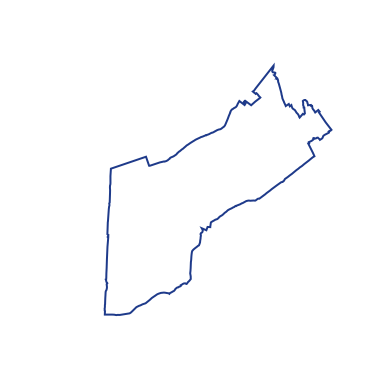 Scaesti, Dolj, Romania (orthographic projection), rotated 125°
{"feature_id": "2599482B9301238192844", "entity_name": "Scaesti", "entity_type": "district", "adm_level": 2, "iso_a3": "ROU", "parent_name": "Romania", "parent_adm1": "Dolj", "projection": "orthographic", "projection_center": [23.539, 44.461], "detail": "fine", "context": "isolated", "style": "outline", "palette": "blue", "viewbox_px": 384, "rotation_deg": 125, "n_neighbors": 0, "source": "geoboundaries", "source_scale": "gbopen_adm2", "svg_char_len": 5933}
<svg xmlns="http://www.w3.org/2000/svg" viewBox="0 0 384 384"><g transform="rotate(125 192 192)"><path d="M342.4,193.1L338.9,188.0L338.3,187.2L337.3,185.6L337.0,185.1L336.5,183.9L336.1,183.2L335.2,182.3L334.4,181.0L333.8,180.3L327.2,173.5L326.5,173.2L325.7,172.9L323.7,172.5L318.2,171.5L315.6,170.1L314.7,169.4L313.7,168.8L312.9,168.4L312.5,168.2L309.8,166.2L308.8,165.9L304.6,164.7L301.8,164.1L295.7,161.8L294.4,161.0L292.5,159.6L290.5,157.3L289.8,156.0L289.2,154.7L288.5,153.3L288.4,152.9L288.4,152.1L287.5,152.1L285.6,151.1L285.1,150.9L284.4,150.6L283.8,150.2L283.2,150.0L282.5,149.9L281.9,149.9L281.1,150.0L280.3,149.8L279.4,149.6L278.5,149.2L278.3,148.9L277.9,148.5L277.1,148.3L276.6,148.0L276.0,147.5L275.4,147.3L274.9,147.4L274.7,147.7L273.8,147.2L272.8,146.9L271.6,146.2L270.7,145.2L270.6,144.0L270.4,143.7L270.1,143.6L268.1,143.6L267.2,143.4L265.9,143.2L264.0,143.1L261.7,144.8L259.7,146.8L257.5,148.0L255.2,149.4L249.9,152.8L248.3,153.6L244.7,155.8L242.5,157.0L241.1,157.7L240.0,158.0L238.3,157.8L236.1,157.2L233.9,156.5L232.7,156.2L232.1,155.9L231.7,155.7L230.4,156.0L228.7,156.5L227.1,157.4L225.4,158.2L223.9,159.1L222.8,159.6L222.0,160.2L221.7,160.8L221.2,161.0L220.3,161.0L220.0,160.8L219.1,160.5L217.7,160.9L217.3,161.2L216.6,162.2L216.1,163.2L215.5,160.3L215.1,158.3L211.7,159.2L210.3,156.9L209.5,157.4L208.4,157.9L206.5,158.9L206.1,159.0L205.7,159.0L203.9,158.2L202.7,157.6L201.3,157.0L200.9,156.7L200.0,156.0L199.7,155.8L199.1,155.6L198.1,155.4L196.6,155.2L196.2,155.1L195.0,154.6L194.2,154.2L193.4,153.9L192.6,153.7L190.5,153.3L190.1,153.2L188.5,152.6L186.4,152.2L185.6,151.8L185.1,151.6L184.2,151.1L182.5,150.1L181.1,149.5L180.2,148.9L179.7,148.7L178.6,148.4L178.2,148.1L178.1,147.7L177.7,147.6L177.4,147.5L176.2,146.7L174.6,145.6L173.1,144.9L172.8,144.8L172.4,144.4L172.1,144.2L168.2,142.3L167.8,141.9L166.9,141.1L166.2,140.1L165.7,139.2L164.8,138.1L163.6,136.6L163.1,135.7L162.9,135.4L162.7,135.2L162.3,135.0L160.7,134.5L159.7,134.1L159.5,133.9L159.0,133.4L158.9,133.3L158.8,133.0L153.0,131.1L152.2,130.8L150.2,130.3L146.6,129.1L146.0,128.9L144.1,128.4L139.9,127.0L137.8,126.3L133.0,124.6L132.6,124.3L132.2,124.0L132.0,123.7L131.8,123.5L131.1,123.5L130.2,123.1L129.3,123.2L128.3,123.3L127.9,123.3L127.4,123.1L125.5,122.4L123.7,121.8L123.2,121.7L120.8,120.9L120.0,120.6L116.3,119.6L114.1,119.0L111.8,118.2L110.1,117.8L109.4,117.5L107.5,116.8L104.8,116.1L101.0,114.9L99.4,114.4L97.5,113.9L94.0,112.9L93.7,112.7L93.4,112.6L92.5,112.2L90.8,115.0L86.3,123.3L85.6,124.6L84.9,124.0L84.1,124.9L82.9,124.1L81.4,123.3L79.1,122.6L78.7,123.3L78.5,123.5L77.9,123.2L77.6,122.1L77.4,121.6L77.2,121.3L76.7,121.1L75.8,120.7L75.3,120.1L75.5,119.1L75.6,117.7L75.9,117.1L73.7,116.2L72.7,116.1L71.7,116.4L70.6,116.6L69.1,116.1L64.9,113.9L64.1,114.1L64.0,114.7L63.0,114.4L62.7,114.0L62.4,113.7L61.1,113.4L58.7,121.1L58.3,122.4L54.0,133.7L53.0,133.5L52.4,135.6L56.2,136.7L55.8,137.7L55.3,138.4L54.8,140.4L54.2,141.5L52.6,143.0L53.2,143.7L52.5,144.5L54.4,146.7L53.8,147.2L52.9,148.5L52.4,148.9L52.0,149.5L51.8,150.0L51.8,150.8L51.6,151.9L52.0,152.5L52.7,153.0L53.4,153.3L53.9,153.4L55.3,152.0L56.3,151.3L57.0,150.9L57.9,149.6L58.8,149.0L58.5,148.4L59.4,147.7L62.9,144.6L64.3,144.8L64.4,146.0L69.3,146.5L69.0,147.2L68.5,147.9L68.1,148.5L67.7,149.3L67.4,150.1L67.3,150.7L67.1,151.8L66.2,153.9L65.9,154.7L65.9,156.6L65.9,157.2L65.7,157.9L64.7,159.4L63.8,160.5L64.4,160.7L65.7,161.0L65.3,161.7L64.4,163.2L67.8,164.5L67.5,164.9L65.8,167.9L65.4,168.4L64.0,170.8L63.4,171.7L62.4,172.7L61.8,173.3L61.1,174.2L59.3,176.0L56.2,179.7L53.4,183.1L52.3,184.7L51.5,185.2L50.8,186.1L50.8,186.6L50.5,186.5L50.0,187.3L50.1,187.8L50.3,188.0L49.9,188.0L49.2,191.8L48.9,191.6L48.2,191.6L47.3,191.7L46.9,191.9L46.6,192.1L46.6,192.4L46.8,193.0L47.5,194.3L47.5,194.7L47.3,195.2L46.9,195.7L46.3,195.9L44.3,196.4L43.0,196.8L41.6,197.7L70.7,199.3L72.6,199.3L72.8,199.3L73.1,199.3L74.0,199.5L74.8,199.8L75.0,197.9L74.9,197.4L75.1,196.1L74.1,195.8L74.4,194.1L74.9,192.7L75.1,191.9L75.4,190.2L76.1,190.3L81.5,192.0L87.0,193.3L86.8,200.9L87.1,201.1L87.7,201.0L88.1,201.0L88.5,201.2L88.8,201.1L88.9,198.9L90.6,198.8L90.3,205.4L93.6,205.1L95.5,204.7L96.6,204.7L97.3,204.8L97.8,205.0L99.4,205.8L100.4,206.1L101.4,206.6L102.3,206.7L103.4,206.7L104.9,206.4L105.0,206.2L108.4,205.5L111.4,204.7L116.9,203.5L118.5,203.2L119.2,203.2L120.2,203.3L121.0,203.6L121.9,203.9L123.0,204.2L124.2,204.7L125.7,206.1L126.5,206.6L127.1,207.0L127.9,207.4L128.8,207.7L129.4,208.2L130.1,208.4L131.6,209.2L132.1,209.8L133.2,210.4L135.0,211.3L136.7,212.5L137.2,213.1L137.5,213.0L137.7,213.3L140.7,215.2L141.8,216.1L143.0,216.7L144.7,217.7L147.2,219.1L148.5,219.6L149.6,220.1L152.9,221.5L154.6,222.1L155.4,222.4L157.0,223.1L158.5,223.4L159.9,223.8L161.7,224.2L163.2,224.8L163.7,224.9L165.9,225.5L166.4,225.8L166.8,225.9L168.5,226.2L169.1,226.4L170.0,226.3L171.1,226.7L173.2,227.5L174.1,228.0L174.7,228.4L176.2,229.3L177.1,229.5L177.3,229.4L177.6,229.4L178.2,229.6L178.8,229.9L179.6,230.0L180.0,230.1L181.5,230.9L182.2,231.4L182.5,231.8L182.9,232.0L183.1,232.5L186.2,235.3L193.5,240.7L194.8,241.7L195.1,242.2L189.5,249.9L219.4,271.8L225.8,267.9L231.5,263.9L232.7,263.2L233.8,262.8L235.1,262.0L236.3,261.1L237.4,260.2L240.1,258.4L247.8,253.4L248.1,253.3L248.7,253.3L248.9,253.2L249.7,252.4L250.6,251.8L251.6,251.5L253.8,250.3L264.1,244.1L265.1,243.6L275.1,237.1L275.2,235.8L277.2,235.3L277.3,235.2L277.0,234.7L285.4,229.8L293.7,224.5L295.6,223.3L303.1,218.4L307.7,215.5L311.6,212.9L313.0,212.1L313.2,212.3L313.4,212.0L314.6,210.7L314.8,210.3L315.1,209.9L315.1,209.4L315.2,209.2L315.3,209.0L316.2,209.0L316.5,209.0L318.2,207.5L319.3,206.7L321.2,205.9L322.0,205.8L322.4,205.8L322.8,205.7L323.6,205.3L326.8,203.3L328.6,202.2L333.1,199.3L333.6,198.9L334.4,198.6L336.0,197.5L336.7,197.1L337.2,196.8L337.6,196.7L337.8,196.6L338.0,196.4L338.2,196.2L338.3,196.1L338.5,196.0L338.7,195.8L339.0,195.7L339.5,195.1L339.5,194.9L340.1,194.6L342.4,193.1Z" fill="none" stroke="#1e3a8a" stroke-width="2"/></g></svg>